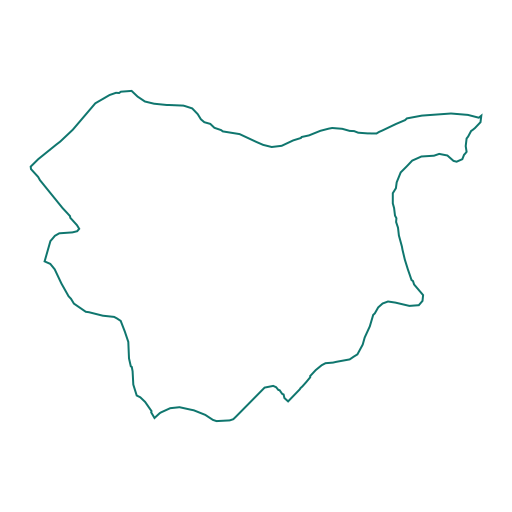 San José Pinula, Guatemala (orthographic projection)
{"feature_id": "79465075B29005595464714", "entity_name": "San José Pinula", "entity_type": "district", "adm_level": 2, "iso_a3": "GTM", "parent_name": "Guatemala", "parent_adm1": "", "projection": "orthographic", "projection_center": [-90.33, 14.549], "detail": "fine", "context": "isolated", "style": "outline", "palette": "teal", "viewbox_px": 512, "rotation_deg": 0, "n_neighbors": 0, "source": "geoboundaries", "source_scale": "gbopen_adm2", "svg_char_len": 2312}
<svg xmlns="http://www.w3.org/2000/svg" viewBox="0 0 512 512"><path d="M154.5,418.0L159.7,413.2L161.0,412.4L170.2,408.2L179.5,407.2L190.4,409.6L193.8,410.3L205.3,414.9L212.9,419.9L216.5,421.1L229.7,420.4L233.3,419.2L236.0,416.6L264.6,387.6L273.2,385.9L276.1,387.2L278.4,390.0L279.6,390.2L282.1,393.8L283.6,394.5L284.4,398.0L288.1,401.4L299.8,389.3L300.5,388.1L302.3,386.5L306.3,382.0L310.2,377.3L310.2,376.0L315.8,370.0L321.7,365.2L325.5,363.2L333.0,362.6L336.0,361.9L338.1,361.5L349.7,359.4L353.8,356.6L357.4,354.4L362.7,344.6L364.7,337.5L369.8,326.4L373.2,314.9L374.8,313.4L378.2,307.4L382.6,303.5L388.0,301.5L395.4,302.6L409.4,305.9L418.8,305.2L422.5,300.9L423.1,295.1L414.1,284.5L413.0,281.1L411.5,280.0L409.6,274.4L407.8,269.2L404.8,259.5L402.5,249.8L401.9,246.5L398.9,235.5L398.0,227.7L396.1,222.0L396.4,218.2L395.0,215.6L394.1,208.1L392.8,203.4L392.8,193.2L395.9,188.2L396.7,182.3L400.7,172.4L406.3,166.8L412.2,160.6L421.4,156.5L434.0,155.7L439.2,153.9L447.4,155.5L453.5,160.9L456.6,161.7L462.3,159.2L464.1,154.7L465.1,153.7L466.6,151.8L465.7,146.1L466.6,138.5L468.1,136.6L471.1,131.0L472.7,129.9L474.9,128.1L480.5,122.2L481.3,115.7L478.8,117.7L467.9,114.9L451.0,113.5L437.0,114.5L421.9,115.6L406.9,118.4L405.1,120.1L395.7,124.1L386.1,128.7L383.6,129.9L381.9,130.7L379.1,131.9L376.5,133.5L367.6,133.4L358.2,132.7L354.1,131.1L349.7,130.9L342.2,128.8L332.2,128.0L328.9,128.6L320.4,130.8L309.0,135.4L301.6,137.0L300.9,138.0L293.2,140.4L281.7,145.8L271.7,147.0L263.2,144.9L256.5,142.0L239.6,134.1L222.8,131.4L221.1,130.1L214.4,127.8L210.3,123.9L204.3,122.2L200.9,119.3L197.7,114.1L192.2,108.4L185.1,106.1L183.3,105.6L169.0,105.0L166.8,105.0L154.0,103.7L144.9,101.5L137.6,96.6L131.6,90.9L120.9,91.7L119.1,93.0L116.0,92.8L109.6,95.0L95.3,103.3L72.8,129.7L60.2,141.6L56.4,144.5L38.3,159.1L30.7,166.6L31.0,169.1L38.2,177.0L39.9,180.1L62.5,208.0L70.0,216.1L70.3,217.8L77.0,225.2L79.2,228.8L77.2,231.2L72.4,232.4L59.3,233.3L54.9,235.8L52.8,238.3L50.4,241.1L44.6,261.4L50.3,263.9L54.7,269.3L61.4,283.5L68.6,296.3L71.0,298.8L73.9,303.6L85.8,311.8L88.9,312.2L102.8,315.7L114.1,316.9L116.9,318.4L120.7,320.9L124.8,331.5L128.3,341.9L129.0,358.4L130.8,366.3L131.8,367.0L132.6,371.3L133.3,384.6L136.7,395.5L140.3,397.3L145.1,401.9L151.5,411.1L151.2,412.4L154.5,418.0Z" fill="none" stroke="#0f766e" stroke-width="2"/></svg>